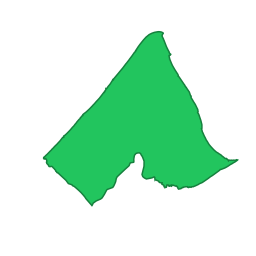 Tanah Laut, Kalimantan Selatan, Indonesia, rotated 158°
{"feature_id": "22746128B54914598899185", "entity_name": "Tanah Laut", "entity_type": "district", "adm_level": 2, "iso_a3": "IDN", "parent_name": "Indonesia", "parent_adm1": "Kalimantan Selatan", "projection": "robinson", "projection_center": [114.872, -3.844], "detail": "fine", "context": "isolated", "style": "filled", "palette": "green", "viewbox_px": 256, "rotation_deg": 158, "n_neighbors": 0, "source": "geoboundaries", "source_scale": "gbopen_adm2", "svg_char_len": 5349}
<svg xmlns="http://www.w3.org/2000/svg" viewBox="0 0 256 256"><g transform="rotate(158 128 128)"><path d="M122.4,69.6L122.2,69.7L121.9,69.7L121.7,69.5L120.9,68.6L119.9,67.7L119.6,67.1L119.3,66.7L119.4,66.0L118.7,65.3L117.9,64.8L116.9,64.4L117.1,64.0L117.3,63.7L117.5,63.7L117.6,63.2L117.5,62.9L116.6,62.0L116.3,61.4L116.2,61.0L116.5,60.4L116.5,60.2L116.5,59.9L116.4,59.8L115.9,59.6L115.9,59.4L116.0,59.3L116.1,58.9L115.9,58.9L114.7,58.7L113.7,59.7L113.6,60.3L113.5,60.5L112.9,60.4L112.6,60.3L112.1,60.0L111.8,59.8L111.9,59.2L111.8,58.7L111.5,58.5L111.3,58.5L110.6,58.9L110.4,58.9L110.1,58.5L109.7,58.4L109.8,58.2L109.7,58.0L109.8,58.0L109.8,57.8L109.7,57.7L109.4,57.8L109.4,58.4L109.3,58.6L109.2,58.5L108.7,58.4L108.6,58.6L108.2,58.3L107.8,58.2L107.7,57.9L107.4,57.9L106.9,57.6L106.7,57.2L105.9,56.6L105.7,56.3L105.1,56.1L104.9,56.2L104.7,56.0L104.6,55.8L104.6,55.6L104.6,55.3L104.5,55.1L104.3,55.0L104.2,54.7L104.2,53.9L104.3,53.8L104.3,53.6L104.2,53.4L104.2,52.9L104.0,52.4L103.8,52.4L103.2,52.2L102.3,52.2L101.8,51.9L101.1,52.2L100.3,52.3L100.0,52.2L99.8,52.2L99.6,52.4L99.2,52.4L99.0,52.2L98.2,52.3L97.2,52.0L96.5,52.0L95.1,51.3L94.9,51.3L94.9,51.1L94.8,50.6L94.4,50.3L94.0,50.4L93.9,50.1L93.7,50.1L93.2,50.3L93.1,50.1L92.7,50.0L92.3,49.7L91.6,49.7L91.4,49.6L91.3,49.4L90.8,49.6L89.4,49.1L88.2,49.2L87.8,49.1L83.9,49.3L82.6,49.6L79.9,49.6L78.3,49.9L72.9,51.1L69.6,52.0L67.6,52.3L60.0,54.2L58.6,54.6L58.1,55.0L56.8,54.7L52.8,54.7L49.8,55.1L46.6,55.8L45.1,55.9L43.0,56.3L41.3,56.5L38.9,57.1L38.4,57.3L39.1,57.9L39.8,57.9L40.0,57.9L40.6,57.9L42.3,58.7L43.3,58.9L43.5,59.0L44.0,59.4L44.7,59.5L45.2,59.7L45.7,60.1L46.4,60.3L46.6,60.3L46.7,60.1L46.6,59.7L46.8,60.0L47.1,59.9L47.0,60.6L47.2,61.1L47.5,61.4L47.6,61.9L47.9,62.1L48.2,62.8L48.4,62.7L48.8,63.2L49.5,63.5L49.7,63.8L50.2,65.0L50.5,65.5L51.2,66.6L51.9,68.2L52.5,69.0L53.2,69.9L53.7,70.8L55.1,72.6L56.6,75.6L58.1,79.5L59.0,82.2L59.4,84.6L59.4,84.9L59.8,87.0L60.0,87.8L60.0,89.2L60.3,92.2L60.4,95.8L60.5,96.8L60.4,97.1L60.1,99.7L59.9,99.6L59.6,100.0L59.0,101.5L58.4,103.0L58.2,103.7L57.6,108.1L57.6,108.8L57.3,113.7L57.3,114.6L57.6,115.8L57.4,116.2L57.5,116.4L57.3,116.5L57.1,116.8L56.9,116.9L56.9,117.4L56.6,118.1L56.5,118.7L56.4,119.2L56.5,120.1L56.8,124.7L57.5,128.3L57.5,128.7L57.7,129.4L57.6,129.5L58.1,132.3L58.0,133.0L57.7,133.4L57.7,133.9L57.6,134.0L57.8,134.3L57.9,135.6L57.8,136.1L57.7,138.4L58.8,143.4L58.8,143.6L58.7,143.8L59.1,144.2L59.2,145.1L59.3,145.7L59.5,145.9L59.4,146.3L59.4,146.8L59.7,147.7L61.5,156.1L61.7,156.7L62.0,157.2L62.1,157.3L61.8,157.6L61.7,157.9L61.7,159.1L62.4,162.7L62.5,162.7L62.4,162.7L62.8,165.0L63.4,169.3L63.5,171.8L63.5,176.0L63.6,176.4L63.4,176.6L63.1,178.7L62.9,179.5L62.7,179.9L62.3,179.9L61.9,179.7L61.4,179.8L60.8,180.2L60.8,180.4L61.1,180.6L61.2,181.3L61.5,181.8L61.5,182.8L61.5,183.0L61.4,183.1L61.7,185.9L61.9,189.2L61.8,195.9L61.9,196.5L61.8,197.1L62.0,200.1L61.8,200.8L61.3,201.6L60.6,202.1L59.9,202.5L59.8,202.8L60.0,203.2L60.9,204.3L62.1,205.1L63.2,205.7L63.8,205.9L64.9,206.2L67.3,206.7L68.1,206.8L70.3,206.9L71.8,206.8L73.3,206.7L75.5,206.0L77.2,205.5L80.7,203.8L85.0,201.4L87.8,199.7L92.4,196.5L92.5,196.3L91.8,196.9L91.5,196.9L92.6,196.0L93.7,195.7L97.2,193.4L100.9,191.2L101.6,190.7L104.4,189.1L104.8,188.8L105.9,188.3L110.0,185.8L113.9,183.7L122.1,179.3L123.2,178.8L123.4,178.7L123.6,178.7L123.5,178.4L123.5,178.2L123.4,178.6L123.3,178.2L123.6,178.0L124.3,178.1L124.8,177.8L128.3,175.3L130.8,174.0L132.9,172.6L133.3,172.5L133.5,172.6L133.7,172.9L133.8,172.8L133.6,172.5L133.8,172.2L134.5,171.6L136.2,170.6L136.1,170.3L136.5,170.0L137.6,169.6L137.1,169.9L137.3,169.9L140.5,168.0L143.4,166.3L147.7,164.3L150.0,163.1L152.5,162.0L152.8,161.7L153.3,161.6L156.6,160.1L160.8,158.5L164.1,157.6L164.5,157.4L165.0,157.2L165.1,156.5L165.3,156.4L165.5,156.5L165.8,156.4L166.3,156.4L167.5,155.6L167.8,155.6L168.4,155.3L168.4,155.0L168.8,154.7L170.1,154.3L173.2,152.7L174.7,151.7L175.3,151.5L177.6,150.1L179.1,149.5L182.5,147.7L187.0,145.7L189.2,144.9L190.0,144.7L190.5,144.7L190.8,144.4L190.9,143.6L191.1,143.4L191.3,143.5L191.5,143.5L192.1,143.7L192.8,143.3L195.7,141.6L198.5,140.3L199.9,139.6L203.4,138.2L204.0,137.8L204.3,137.7L205.4,137.2L206.5,136.8L207.5,136.2L208.6,135.8L212.8,133.9L214.8,133.2L215.7,132.7L216.5,132.5L216.8,132.4L216.9,132.0L217.1,132.0L217.3,132.1L217.6,131.6L217.4,130.7L216.4,130.3L215.7,130.4L215.7,129.6L215.4,128.7L215.9,127.1L216.4,126.9L216.5,125.3L215.8,123.9L215.8,122.7L215.5,121.8L215.0,121.5L214.2,121.2L213.7,121.2L213.0,120.9L212.5,120.1L212.3,119.2L211.7,118.1L211.5,117.1L211.0,116.0L211.1,114.9L210.6,114.2L210.6,113.4L210.0,112.7L209.8,112.7L205.1,102.7L204.1,98.8L201.5,96.6L201.3,96.5L201.1,95.6L200.8,95.0L200.0,94.3L199.6,93.7L198.8,92.2L197.3,89.2L195.7,85.7L194.6,82.6L193.8,80.1L193.5,78.3L190.5,69.6L189.9,70.0L188.4,71.4L184.7,72.3L180.0,72.4L178.2,72.9L174.8,75.3L171.0,78.5L170.2,78.8L164.4,78.6L162.9,79.6L161.1,81.3L159.6,82.8L157.7,85.7L157.0,86.2L156.4,86.8L145.7,91.0L141.5,92.5L141.0,92.8L139.4,94.5L138.8,94.8L135.6,94.1L135.1,94.8L134.3,97.0L132.7,99.6L131.8,100.6L130.0,101.4L128.7,101.3L127.3,100.9L126.6,100.6L125.9,99.4L125.8,97.7L125.5,96.7L125.4,95.1L125.5,91.2L127.5,86.5L132.4,79.7L132.5,78.0L132.4,77.2L131.6,75.7L130.1,73.9L124.5,72.8L123.4,72.8L122.5,72.9L122.1,72.8L121.8,72.5L121.7,72.1L122.3,70.1L122.4,69.6Z" fill="#22c55e" stroke="#15803d" stroke-width="1.5"/></g></svg>